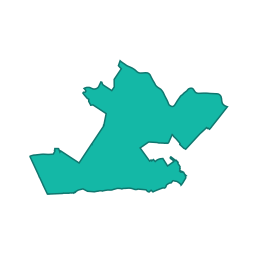 outline of Zuidplas, Zuid-Holland, Netherlands, rotated 259°
{"feature_id": "6326949B74925869781753", "entity_name": "Zuidplas", "entity_type": "district", "adm_level": 2, "iso_a3": "NLD", "parent_name": "Netherlands", "parent_adm1": "Zuid-Holland", "projection": "mercator", "projection_center": [4.603, 52.0], "detail": "fine", "context": "isolated", "style": "filled", "palette": "teal", "viewbox_px": 256, "rotation_deg": 259, "n_neighbors": 0, "source": "geoboundaries", "source_scale": "gbopen_adm2", "svg_char_len": 5523}
<svg xmlns="http://www.w3.org/2000/svg" viewBox="0 0 256 256"><g transform="rotate(259 128 128)"><path d="M78.3,37.1L78.4,37.4L78.2,37.7L78.3,37.8L78.2,38.1L76.2,51.5L76.3,51.9L76.4,52.0L76.0,53.7L75.7,55.5L75.6,56.1L75.3,57.5L75.3,58.3L75.3,58.9L75.0,60.1L74.8,61.6L74.8,61.8L74.9,62.5L74.5,62.5L74.8,63.4L74.8,63.5L74.8,63.8L75.0,64.2L75.4,64.1L76.6,67.5L76.8,72.2L73.6,76.2L71.8,82.8L71.8,85.0L71.8,85.7L71.7,86.9L71.8,88.6L71.6,89.2L71.5,89.6L71.4,90.1L71.1,90.6L71.0,90.8L71.1,91.8L71.1,93.2L71.1,94.3L71.0,96.0L71.0,96.3L70.4,99.0L70.3,99.7L70.3,100.9L70.5,102.0L70.6,103.9L70.8,105.8L70.7,106.3L70.6,106.9L70.2,108.5L70.0,109.1L69.9,109.4L69.5,110.0L69.4,110.3L69.4,110.7L69.5,111.2L69.6,111.5L69.5,112.3L69.2,114.1L69.0,116.1L68.8,117.6L68.6,118.2L68.5,118.7L68.1,119.7L67.8,120.4L66.8,122.2L66.4,123.0L66.2,123.5L66.1,124.3L66.0,124.7L66.0,125.4L66.1,125.8L66.2,126.0L63.9,133.9L62.7,134.6L61.6,135.6L61.4,136.0L61.2,136.7L61.9,137.7L62.1,138.1L62.5,138.8L62.2,139.1L61.6,139.5L60.7,140.0L60.5,140.4L60.8,141.2L61.0,142.1L61.5,144.6L62.1,148.0L62.5,150.5L62.5,151.1L62.1,152.3L62.1,152.6L62.2,152.8L62.3,153.0L62.5,153.4L62.9,153.8L63.2,154.1L63.4,154.2L63.7,154.3L64.3,154.6L64.6,154.9L64.8,155.1L65.4,156.3L65.9,157.8L66.0,158.1L66.0,158.3L65.9,159.6L65.9,159.9L67.0,161.2L67.5,161.7L67.6,161.8L67.6,162.7L67.2,163.3L66.4,165.4L66.3,165.6L66.0,166.1L64.4,167.7L63.3,168.6L62.4,169.0L62.1,169.2L61.8,169.2L62.2,169.8L63.6,171.1L63.8,171.5L64.0,171.6L68.0,175.2L68.5,175.2L69.1,175.3L70.1,175.2L70.1,175.3L70.4,175.5L70.2,175.7L70.2,175.9L71.8,174.8L73.7,174.2L74.0,174.1L74.2,173.8L74.2,173.7L74.2,173.3L74.7,173.2L74.8,173.1L74.5,172.7L75.1,172.3L74.6,171.7L75.0,171.3L74.9,171.1L75.8,170.5L76.2,171.2L76.7,170.8L76.5,170.6L77.4,170.9L77.6,171.1L78.6,171.5L78.9,171.4L78.9,171.2L80.1,171.7L81.7,171.1L83.2,170.4L84.5,170.2L84.8,170.6L85.2,170.3L86.7,169.4L87.1,169.1L86.8,168.7L87.8,167.9L88.1,167.6L91.5,164.6L91.1,164.0L90.5,164.5L90.0,163.9L87.1,166.6L86.7,166.2L86.3,166.5L83.2,159.6L91.4,156.4L91.6,154.3L91.6,153.8L91.6,152.9L91.4,151.9L91.2,151.0L90.9,150.1L90.5,149.3L89.9,148.3L92.2,146.9L91.2,145.0L92.2,144.5L91.4,142.9L106.1,136.1L108.3,141.0L110.0,144.9L110.2,145.3L110.2,145.6L110.2,145.8L110.0,146.9L108.2,153.8L108.0,154.2L107.6,155.0L107.4,155.5L106.5,159.7L106.0,161.1L105.9,161.7L105.9,161.9L106.0,162.5L105.6,163.1L105.5,163.5L105.5,163.8L105.5,164.1L105.5,164.3L105.7,164.6L105.7,164.8L106.1,165.2L106.7,165.6L113.1,170.1L112.2,170.8L111.9,170.9L111.1,171.1L110.8,171.3L108.3,173.1L104.1,175.5L102.6,176.2L102.4,176.1L102.1,175.7L101.9,175.7L97.5,178.9L97.3,179.1L97.0,179.7L96.9,179.9L96.5,180.2L96.5,180.3L96.2,180.6L108.6,197.5L112.9,204.5L113.4,205.1L112.2,206.1L112.2,206.3L112.5,206.6L111.2,207.8L113.1,210.2L114.1,211.2L114.6,211.9L115.4,212.8L121.3,219.7L129.9,229.6L130.3,228.8L130.8,228.1L131.3,227.4L131.7,226.9L132.3,226.5L132.7,226.1L133.2,225.8L133.8,225.5L134.4,225.3L135.5,225.2L136.9,225.2L138.9,225.4L140.8,225.3L141.1,225.3L141.6,225.1L142.2,224.9L142.8,224.5L143.4,224.0L143.7,223.7L144.0,223.3L144.2,223.0L144.3,222.7L144.6,221.9L146.3,214.9L147.0,212.6L147.3,211.3L147.8,208.8L148.0,207.5L148.3,205.4L148.5,204.2L148.6,203.6L148.9,202.9L149.1,202.3L149.4,201.9L149.9,201.3L150.4,200.9L151.0,200.6L151.4,200.4L153.4,199.6L154.1,199.2L154.6,198.7L154.9,198.1L155.0,197.7L155.1,196.9L155.1,196.2L155.0,195.9L154.9,195.3L154.7,194.7L154.3,194.2L154.0,193.7L153.3,193.0L153.2,192.8L153.0,192.4L151.6,189.6L150.3,187.8L149.7,186.4L149.1,185.5L147.3,183.7L145.7,182.0L142.1,178.7L141.5,178.1L141.1,177.5L140.9,177.2L140.7,176.8L140.6,176.3L140.6,175.7L140.8,175.2L140.9,174.9L141.3,174.3L141.6,174.0L142.0,173.5L142.4,173.1L143.2,172.6L144.1,172.4L146.3,172.0L147.6,171.7L150.6,170.8L152.6,170.2L155.9,169.4L157.5,168.8L159.0,168.0L159.8,167.5L160.6,166.7L162.1,165.1L162.7,164.6L163.6,163.9L164.4,163.4L164.8,163.2L165.6,163.0L167.3,162.5L170.0,161.5L172.0,160.9L172.6,160.7L175.2,160.0L176.2,159.7L176.8,159.3L177.4,158.8L177.9,158.3L178.4,157.5L178.7,156.4L178.9,155.7L179.0,154.8L179.2,153.0L179.4,151.7L179.5,151.0L179.6,150.5L179.8,149.9L180.0,149.4L180.3,149.0L180.6,148.5L181.0,148.0L181.6,147.5L183.4,146.2L184.2,145.5L185.9,143.7L186.3,143.2L187.3,141.8L188.3,140.3L189.3,138.9L189.6,138.6L194.3,134.0L195.5,133.1L191.0,130.5L187.4,132.7L178.4,123.7L170.9,122.3L167.8,119.2L174.5,112.3L174.9,111.9L175.4,111.6L175.8,111.4L176.6,111.2L177.4,111.1L177.8,111.1L178.4,110.2L176.4,108.7L173.9,106.9L173.6,106.4L173.4,106.1L173.2,105.9L173.1,105.6L172.9,105.1L172.7,104.4L172.6,103.6L172.6,103.0L172.6,102.7L172.7,102.2L172.9,101.6L172.9,101.4L173.3,100.7L174.3,99.2L174.9,98.4L175.3,97.5L175.5,96.4L175.7,95.2L175.6,94.3L175.5,93.4L175.4,93.0L175.2,92.4L174.3,93.0L173.0,93.6L172.7,93.7L172.4,93.7L172.1,93.6L171.8,93.4L171.6,93.2L171.3,92.8L171.6,91.1L170.9,90.4L168.6,91.5L165.8,93.1L165.3,93.4L164.8,93.7L164.1,94.5L163.7,95.0L161.7,94.5L158.1,95.6L157.5,95.7L157.4,97.4L157.3,98.1L146.3,109.3L136.2,105.2L135.6,104.6L135.4,104.9L134.8,104.7L119.3,89.4L119.2,89.4L119.3,89.3L103.0,73.3L118.4,57.5L117.4,56.6L120.7,56.0L120.9,55.9L121.1,55.7L121.7,52.8L121.8,52.3L121.4,52.2L121.1,52.2L120.9,52.1L120.6,51.9L120.6,52.0L119.0,51.7L118.7,51.4L116.8,49.8L116.6,49.6L116.8,47.9L117.2,44.9L118.5,39.7L118.7,38.0L119.2,31.7L119.4,30.4L119.4,30.1L119.2,27.6L119.0,26.5L118.8,26.4L118.4,26.4L111.5,28.1L99.4,31.1L97.8,31.4L96.7,31.6L95.7,32.0L88.7,33.7L88.4,33.7L88.2,33.7L87.8,33.9L86.5,34.2L78.5,36.3L78.3,37.1Z" fill="#14b8a6" stroke="#0f766e" stroke-width="1.5"/></g></svg>